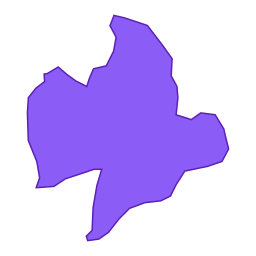 outline of Lekeberg, Orebro, Sweden
{"feature_id": "70781695B87625473444636", "entity_name": "Lekeberg", "entity_type": "district", "adm_level": 2, "iso_a3": "SWE", "parent_name": "Sweden", "parent_adm1": "Orebro", "projection": "albers", "projection_center": [14.811, 59.203], "detail": "fine", "context": "isolated", "style": "filled", "palette": "violet", "viewbox_px": 256, "rotation_deg": 0, "n_neighbors": 0, "source": "geoboundaries", "source_scale": "gbopen_adm2", "svg_char_len": 777}
<svg xmlns="http://www.w3.org/2000/svg" viewBox="0 0 256 256"><path d="M44.1,74.1L44.6,81.5L36.0,88.1L28.4,97.6L27.4,112.8L28.3,140.5L36.8,161.5L39.6,177.8L36.2,187.7L53.9,186.4L65.4,178.8L94.0,169.3L101.7,169.3L96.9,185.5L93.1,207.5L92.1,230.4L86.3,236.2L87.7,240.6L98.8,239.1L108.4,232.4L118.9,219.0L129.4,208.4L144.7,202.7L160.9,200.8L168.5,197.0L170.5,196.0L176.2,184.5L184.8,171.1L207.7,166.3L222.0,161.4L228.6,149.0L225.1,134.7L223.8,129.0L215.1,114.7L200.8,112.9L191.3,119.6L176.1,114.8L177.9,97.7L176.9,86.3L171.2,75.8L172.1,58.7L162.6,45.4L147.4,25.5L124.6,17.9L113.9,15.4L113.6,16.5L110.0,25.7L116.1,37.2L113.6,51.2L106.3,65.8L93.5,68.8L89.3,78.6L86.8,86.5L75.9,81.0L66.7,74.3L58.2,67.0L47.2,73.6L44.1,74.1Z" fill="#8b5cf6" stroke="#5b21b6" stroke-width="1.5"/></svg>